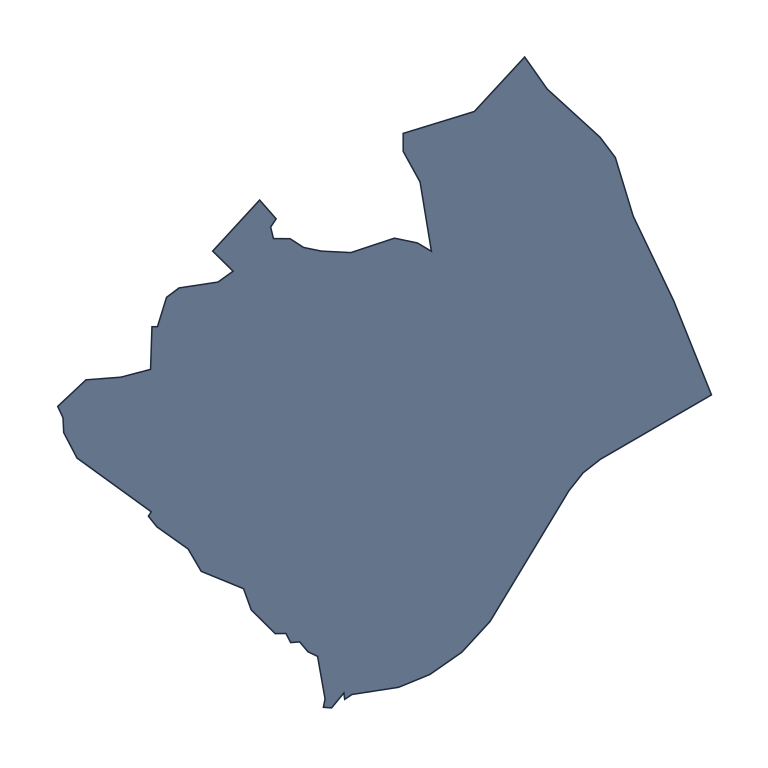 Tallaght Central Lea-6, South Dublin, Ireland, rotated 88°
{"feature_id": "5873133B96675921323266", "entity_name": "Tallaght Central Lea-6", "entity_type": "district", "adm_level": 2, "iso_a3": "IRL", "parent_name": "Ireland", "parent_adm1": "South Dublin", "projection": "orthographic", "projection_center": [-6.369, 53.294], "detail": "fine", "context": "isolated", "style": "filled", "palette": "slate", "viewbox_px": 768, "rotation_deg": 88, "n_neighbors": 0, "source": "geoboundaries", "source_scale": "gbopen_adm2", "svg_char_len": 921}
<svg xmlns="http://www.w3.org/2000/svg" viewBox="0 0 768 768"><g transform="rotate(88 384 384)"><path d="M62.1,232.0L114.8,284.2L134.2,356.1L152.2,356.7L183.4,340.9L253.0,332.0L244.2,345.7L238.6,368.5L251.5,412.5L249.0,441.9L244.7,459.7L235.5,472.8L234.8,489.4L223.2,491.8L215.2,486.0L195.8,501.9L245.2,550.6L266.0,530.9L276.3,546.3L280.8,585.4L289.8,598.3L318.8,608.4L318.6,613.9L361.2,616.8L368.0,646.9L369.4,681.6L395.0,710.9L406.5,706.0L421.4,705.8L447.3,693.4L503.6,621.1L507.9,624.1L518.9,615.9L542.1,585.5L564.9,573.2L583.7,531.5L605.1,524.6L629.7,501.4L629.9,490.7L639.2,486.3L638.8,477.3L649.0,469.3L653.9,459.9L696.7,453.9L705.0,455.9L705.9,447.7L691.4,434.9L697.8,434.3L693.2,426.9L687.6,379.9L675.9,348.3L654.8,315.6L624.9,286.2L497.1,202.9L479.7,188.1L466.8,170.4L406.3,57.1L310.6,91.7L224.9,129.1L165.7,144.9L144.9,159.5L94.8,210.7L62.1,232.0Z" fill="#64748b" stroke="#1e293b" stroke-width="1.5"/></g></svg>